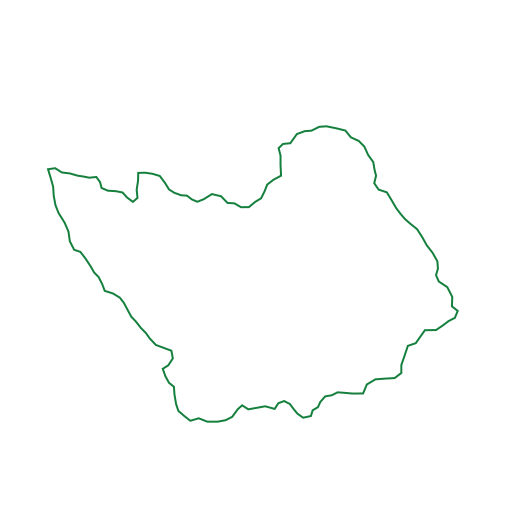 Bom Jesus do Amparo, Minas Gerais, Brazil (Albers equal-area conic projection), rotated 333°
{"feature_id": "56859067B28888821052332", "entity_name": "Bom Jesus do Amparo", "entity_type": "district", "adm_level": 2, "iso_a3": "BRA", "parent_name": "Brazil", "parent_adm1": "Minas Gerais", "projection": "albers", "projection_center": [-43.474, -19.706], "detail": "fine", "context": "isolated", "style": "outline", "palette": "green", "viewbox_px": 512, "rotation_deg": 333, "n_neighbors": 0, "source": "geoboundaries", "source_scale": "gbopen_adm2", "svg_char_len": 2114}
<svg xmlns="http://www.w3.org/2000/svg" viewBox="0 0 512 512"><g transform="rotate(333 256 256)"><path d="M410.8,396.5L407.7,389.8L412.3,381.6L412.3,370.6L407.3,361.7L407.7,354.8L412.4,349.8L415.2,343.0L414.8,333.4L413.0,324.0L412.7,315.2L411.7,305.2L408.3,297.7L405.5,290.7L404.0,284.4L402.7,277.4L402.1,267.3L401.5,258.7L395.4,252.5L394.4,244.8L399.4,239.0L400.8,232.9L403.1,225.6L401.8,216.8L402.2,207.6L399.8,200.2L394.4,193.3L392.6,184.8L385.3,178.5L377.6,172.4L371.0,169.6L362.3,169.5L356.1,166.9L347.8,165.9L337.8,171.1L330.9,168.4L325.1,170.2L323.4,177.8L319.2,186.0L314.8,195.8L306.1,196.0L298.3,197.5L293.2,202.1L286.8,206.9L279.9,207.4L271.8,209.2L264.8,205.7L260.7,199.3L254.7,195.8L252.0,186.9L244.8,180.8L235.2,181.7L228.3,181.0L224.5,176.4L221.9,170.9L216.9,167.9L211.9,162.6L208.7,157.2L208.1,149.6L206.6,141.0L201.0,135.7L195.1,131.5L188.8,128.5L185.0,135.5L179.8,142.7L176.8,150.4L170.9,151.9L167.7,145.4L165.9,138.8L160.8,134.8L153.6,130.5L149.3,125.3L150.6,119.3L149.6,113.1L143.1,110.6L138.5,107.0L133.5,103.4L127.6,97.9L121.0,93.5L116.9,86.6L110.1,84.3L108.5,93.2L106.7,102.2L103.0,110.8L100.4,119.7L99.6,127.9L100.6,139.7L100.0,149.0L96.8,158.5L96.8,167.9L101.4,172.6L103.0,181.4L104.0,190.6L104.3,197.3L106.2,203.2L106.2,211.2L105.4,218.4L111.5,224.4L115.7,231.2L117.0,237.8L117.1,244.2L117.3,253.4L119.1,259.4L120.8,267.9L122.9,274.6L123.9,281.2L126.4,289.8L132.4,296.3L137.6,302.0L135.4,309.5L128.2,313.6L121.7,314.2L120.7,322.1L120.9,329.4L123.5,335.3L120.5,342.3L117.6,351.6L116.5,358.8L119.5,366.1L122.7,373.0L131.3,374.6L137.4,381.5L146.6,386.2L154.4,388.5L161.8,388.5L170.3,384.2L175.9,382.8L179.5,389.1L186.4,391.2L196.0,394.1L203.2,400.7L209.1,397.3L215.2,398.0L219.0,403.3L220.0,409.2L221.3,415.2L224.6,421.5L232.3,423.5L236.4,419.2L242.6,418.8L247.1,415.2L253.9,412.5L260.4,414.5L266.8,414.5L272.9,418.2L279.6,422.4L289.0,427.1L296.4,420.8L306.4,420.1L315.0,423.7L324.1,427.7L332.4,426.2L336.0,419.1L343.1,412.3L350.5,405.0L358.8,406.2L365.6,402.6L372.8,398.8L382.8,403.7L390.9,402.7L398.1,401.4L405.1,401.4L410.8,396.5Z" fill="none" stroke="#15803d" stroke-width="2"/></g></svg>